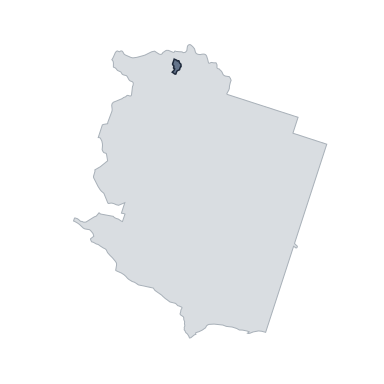 Wadi Salih, Central Darfur, Sudan (highlighted), rotated 108°
{"feature_id": "16777658B39916742993759", "entity_name": "Wadi Salih", "entity_type": "district", "adm_level": 2, "iso_a3": "SDN", "parent_name": "Sudan", "parent_adm1": "Central Darfur", "projection": "mercator", "projection_center": [23.346, 12.417], "detail": "fine", "context": "in_parent", "style": "filled", "palette": "slate", "viewbox_px": 384, "rotation_deg": 108, "n_neighbors": 0, "source": "geoboundaries", "source_scale": "gbopen_adm2", "svg_char_len": 4541}
<svg xmlns="http://www.w3.org/2000/svg" viewBox="0 0 384 384"><g transform="rotate(108 192 192)"><path d="M256.2,295.7L253.1,295.7L252.8,295.0L252.8,292.9L253.2,291.4L254.3,289.0L254.0,287.6L254.2,285.7L253.4,283.6L245.9,277.3L244.5,275.6L240.5,274.0L241.2,272.2L239.5,259.4L240.3,257.9L240.6,255.7L240.5,253.7L241.5,250.4L241.6,249.0L233.7,248.9L233.6,250.4L233.9,251.9L233.9,252.6L222.9,252.6L227.3,257.7L227.5,259.9L227.2,262.6L227.3,264.4L227.5,265.5L228.7,267.8L228.7,268.2L228.4,268.7L220.5,275.4L219.2,278.5L218.2,280.1L215.9,282.9L208.8,290.0L207.6,290.5L202.1,290.7L201.6,290.9L201.2,291.2L200.9,291.2L196.3,287.0L188.4,281.9L183.2,284.6L181.8,285.5L181.8,288.0L181.0,289.2L179.6,290.5L175.8,291.4L173.8,292.1L171.4,293.5L169.1,295.8L168.9,296.9L169.2,298.0L155.9,298.0L155.1,297.1L153.1,293.3L151.8,293.6L139.7,293.1L138.0,293.5L134.5,295.1L132.8,295.3L131.0,294.6L124.7,287.2L123.3,286.3L121.9,284.5L120.5,283.8L120.0,283.2L119.9,282.4L119.9,280.8L119.5,279.8L118.5,279.5L110.0,281.2L108.7,281.0L106.9,281.4L106.3,281.7L105.6,282.6L105.5,284.7L105.3,285.7L104.6,286.8L102.2,289.3L101.6,290.4L101.8,293.2L101.6,294.6L101.2,295.2L100.2,296.3L99.8,296.9L99.4,300.5L98.0,302.6L97.7,303.4L97.6,304.9L97.4,305.4L93.6,306.6L92.1,307.4L91.2,308.6L91.0,309.1L89.4,308.7L87.3,308.4L83.2,308.0L81.6,307.4L80.9,306.6L81.1,304.4L80.7,304.0L80.1,303.6L79.6,302.7L79.7,301.6L81.9,299.1L82.3,297.7L82.9,291.5L82.7,289.6L81.0,286.1L77.1,280.1L76.2,278.9L71.3,273.9L70.8,273.2L69.6,271.1L70.9,266.4L71.0,265.2L70.7,263.9L69.4,262.9L68.3,262.8L66.9,261.5L66.0,261.0L65.1,259.9L64.6,258.3L65.0,252.9L64.7,252.2L63.5,252.0L63.2,251.6L63.2,250.5L62.5,247.4L61.8,244.8L62.2,243.4L61.2,241.5L59.2,240.6L55.3,241.3L54.1,241.2L53.3,240.8L52.7,240.1L52.4,239.3L52.7,238.0L53.8,235.7L55.1,233.8L57.9,232.0L58.7,231.1L59.1,230.1L59.2,228.9L59.0,227.6L58.7,226.5L57.8,225.0L57.1,223.2L57.1,222.0L57.4,221.1L58.2,220.1L61.0,218.1L63.8,216.4L64.3,215.8L64.1,215.1L62.8,213.7L62.4,211.0L61.7,209.1L63.1,207.7L64.2,207.2L65.8,206.8L66.5,206.2L66.7,205.0L66.6,204.0L67.2,203.1L68.0,201.4L68.6,200.6L70.8,198.6L71.3,197.3L71.4,196.0L70.8,192.2L72.1,190.6L73.7,189.3L76.0,189.4L79.6,189.1L82.0,188.5L83.7,188.5L87.7,189.3L88.1,189.0L88.3,187.9L88.2,114.2L104.7,114.2L104.9,114.1L104.9,78.6L208.5,78.6L209.4,78.5L211.0,75.1L211.7,74.9L212.7,75.1L213.1,75.9L212.2,78.6L302.7,78.6L302.9,82.7L303.6,85.9L306.2,90.6L308.3,93.1L309.1,94.5L309.2,95.1L309.1,95.7L308.4,95.0L307.3,94.5L307.2,96.7L307.7,101.2L308.6,104.3L308.0,107.2L308.0,112.0L309.2,117.8L309.0,121.5L310.8,130.2L312.7,135.0L313.7,136.1L314.8,136.8L317.0,137.2L320.2,139.6L322.7,142.2L323.6,143.5L324.8,145.0L325.7,144.7L326.2,144.3L327.0,145.5L331.0,148.1L331.6,149.3L330.2,150.4L328.5,152.4L327.7,154.3L327.2,154.9L325.9,156.0L325.7,156.6L325.1,157.0L324.5,157.0L323.1,157.6L321.9,157.4L320.6,157.8L320.2,158.2L319.2,158.6L317.8,158.8L315.8,160.4L313.9,161.1L313.3,161.8L312.4,164.9L311.7,165.7L309.0,165.8L307.6,166.1L305.9,165.7L305.0,165.8L304.7,166.4L304.4,169.1L304.5,170.3L303.0,173.3L303.4,179.0L301.9,183.3L301.7,184.2L300.2,187.6L299.5,188.9L297.6,195.2L296.9,197.1L295.3,199.1L296.9,214.2L295.6,218.8L295.6,221.3L294.7,225.0L294.0,226.7L292.7,228.8L291.7,231.1L290.9,234.1L290.3,239.8L290.0,240.4L285.2,241.1L283.7,241.5L282.7,242.1L281.5,243.6L279.0,247.6L277.8,250.1L275.8,253.5L273.4,255.8L272.9,257.0L272.6,259.2L271.7,262.6L270.9,265.0L271.0,267.0L270.3,270.3L270.4,272.0L269.6,272.9L268.5,273.8L267.8,274.0L264.4,271.7L262.1,273.3L260.6,275.5L259.5,277.7L260.2,282.4L260.1,283.4L259.8,284.5L257.6,289.1L256.9,291.2L256.2,294.8L256.2,295.7Z" fill="#d9dde1" stroke="#a8b0b8" stroke-width="1"/><path d="M73.8,242.1L73.7,242.4L73.4,243.1L73.0,243.7L72.6,244.2L72.1,244.4L71.7,244.6L71.5,244.8L71.3,245.2L71.4,245.5L71.5,245.8L71.8,246.1L71.9,246.4L71.9,246.6L71.4,247.2L71.3,247.8L71.3,248.1L71.2,248.6L71.2,249.3L71.3,249.8L71.2,250.0L71.3,250.0L71.7,250.0L72.4,250.0L73.4,250.0L74.8,250.0L75.4,250.1L75.7,250.0L76.3,249.9L76.4,250.0L76.9,249.7L77.8,248.1L78.0,248.1L79.0,248.0L79.8,247.9L80.0,247.5L80.0,247.2L79.9,246.9L80.1,246.6L81.2,246.5L81.4,246.7L81.7,246.8L82.0,246.8L82.4,246.8L83.0,247.3L83.3,247.5L83.7,247.7L84.0,247.7L84.2,247.8L84.7,245.9L85.1,245.1L85.0,244.6L84.9,244.0L84.9,243.9L84.5,243.8L83.6,243.8L82.8,243.8L82.2,243.7L81.6,243.6L81.1,243.3L80.2,242.3L79.7,241.7L79.1,241.6L78.3,241.8L77.9,241.7L77.6,241.7L77.0,241.5L76.6,241.6L76.3,241.6L76.2,241.6L76.1,241.2L75.9,241.2L74.4,241.8L74.0,242.0L73.8,242.1Z" fill="#64748b" stroke="#1e293b" stroke-width="1.5"/></g></svg>